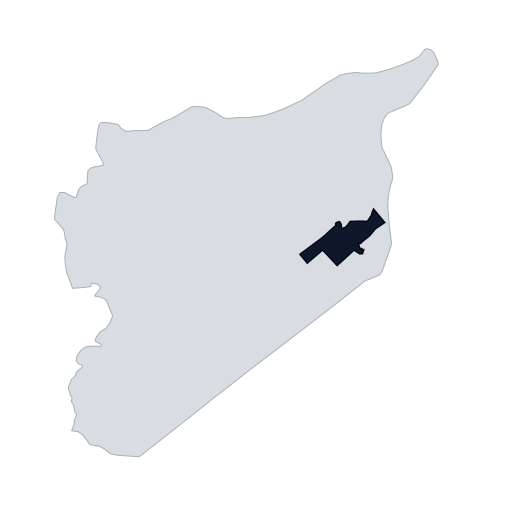 Al Mayadin, Dayr Az Zawr, Syria (highlighted), rotated 353°
{"feature_id": "27442178B96470480022323", "entity_name": "Al Mayadin", "entity_type": "district", "adm_level": 2, "iso_a3": "SYR", "parent_name": "Syria", "parent_adm1": "Dayr Az Zawr", "projection": "albers", "projection_center": [40.466, 34.927], "detail": "fine", "context": "in_parent", "style": "filled", "palette": "ink", "viewbox_px": 512, "rotation_deg": 353, "n_neighbors": 0, "source": "geoboundaries", "source_scale": "gbopen_adm2", "svg_char_len": 4132}
<svg xmlns="http://www.w3.org/2000/svg" viewBox="0 0 512 512"><g transform="rotate(353 256 256)"><path d="M69.3,169.0L73.8,169.7L83.2,176.1L84.8,175.9L88.1,168.3L91.1,165.8L97.2,163.7L99.4,151.2L102.2,148.9L105.7,147.8L110.8,147.7L115.3,147.2L115.7,145.0L110.0,130.2L110.7,126.5L114.3,112.1L116.4,106.4L118.3,104.6L125.3,105.6L135.2,108.6L137.6,112.8L142.4,116.7L149.7,116.7L158.1,117.7L164.6,118.1L169.9,115.7L181.9,111.1L187.8,109.6L193.2,107.6L210.5,100.0L217.3,100.8L222.0,101.9L225.6,103.3L233.5,108.9L240.1,114.6L244.7,116.3L253.1,116.3L265.3,117.6L280.2,117.7L288.9,116.2L300.1,113.6L320.0,107.2L346.0,93.5L361.3,86.8L367.9,86.0L376.5,85.9L385.0,87.6L394.8,88.8L399.3,88.6L409.8,87.2L423.4,84.2L431.9,81.9L442.2,78.0L448.6,71.7L450.6,71.0L453.3,72.1L454.6,72.5L457.3,76.0L460.2,85.0L460.3,86.0L459.8,88.6L453.1,96.1L444.1,106.4L437.6,112.9L426.6,123.8L418.3,126.3L404.3,130.3L400.5,134.1L397.1,140.2L395.1,148.5L394.5,153.7L394.2,163.4L397.6,173.5L400.9,183.1L401.3,189.5L401.1,195.9L398.0,202.6L394.8,211.9L392.9,222.3L392.0,241.9L392.1,258.5L391.8,261.3L386.0,273.1L379.2,286.8L376.0,290.0L360.8,294.2L344.2,304.3L325.6,315.5L308.6,325.6L290.7,336.2L272.2,347.1L258.8,354.9L240.9,365.3L224.6,375.1L208.0,385.1L195.3,392.6L176.0,404.5L164.7,411.4L147.9,421.6L133.2,430.5L115.6,441.0L94.3,436.9L87.6,434.7L82.2,429.2L78.2,426.2L68.2,422.9L62.2,412.6L58.4,408.9L51.7,407.0L54.9,400.8L55.7,396.6L58.8,391.6L57.1,388.2L56.6,381.0L55.4,379.2L55.0,377.3L56.1,375.1L55.8,372.7L54.7,371.6L54.4,368.0L53.5,365.4L54.2,362.2L55.7,360.2L57.5,356.2L59.3,355.1L62.3,352.7L63.1,350.1L65.8,347.7L69.3,345.7L70.1,344.1L69.7,343.1L66.4,341.1L64.7,337.6L66.5,332.9L67.7,331.4L69.8,329.1L74.6,325.8L78.2,325.3L81.3,325.5L86.5,326.0L90.5,326.8L91.6,325.9L91.5,324.7L86.6,321.6L86.4,319.2L87.8,316.8L91.5,313.0L95.8,310.3L98.0,309.8L103.0,304.2L106.4,297.8L102.0,281.8L99.1,279.2L94.3,276.8L91.4,276.4L91.2,275.3L95.3,271.5L98.1,268.1L95.2,264.6L89.9,262.9L87.7,266.2L80.8,266.2L70.0,265.7L66.0,248.8L65.7,241.5L66.2,233.2L70.0,221.1L68.7,215.3L68.8,211.5L68.2,206.2L60.3,194.5L65.8,173.9L69.3,169.0Z" fill="#d9dde1" stroke="#a8b0b8" stroke-width="1"/><path d="M306.0,269.4L310.9,266.1L316.8,262.2L322.1,258.7L322.8,258.2L323.0,258.5L323.6,259.3L326.3,262.9L328.4,265.8L330.0,268.0L331.8,270.5L332.7,271.7L335.1,275.1L335.4,275.4L336.0,274.9L338.9,272.9L340.1,272.0L343.0,270.0L343.3,269.8L344.9,268.6L350.4,264.7L352.8,262.9L353.7,262.3L354.0,262.1L354.2,262.5L356.3,264.0L357.0,264.7L358.4,265.9L359.3,266.6L359.7,266.6L359.9,266.6L360.5,266.6L361.0,266.7L361.4,266.7L361.8,266.8L362.0,266.7L362.4,265.7L362.8,264.8L363.4,263.6L363.7,263.2L363.8,263.0L363.8,262.8L363.3,262.9L362.8,263.0L362.4,262.5L362.1,261.9L361.8,261.4L360.9,261.3L360.2,261.2L359.9,260.4L359.4,258.8L359.5,258.8L359.2,256.2L359.4,256.2L359.7,256.3L360.2,256.4L360.9,256.3L361.3,256.2L361.7,256.1L362.2,255.6L363.0,254.9L363.3,254.7L371.2,249.8L373.5,247.7L376.6,244.7L377.7,243.7L377.9,243.5L379.7,242.6L385.3,239.8L386.9,239.0L387.6,238.6L387.9,238.5L385.9,235.3L385.0,234.0L382.4,229.9L379.8,225.9L378.4,223.7L378.1,224.3L377.8,224.7L377.6,225.2L377.3,225.7L376.9,226.1L376.7,226.6L376.5,227.2L376.1,228.1L375.8,228.8L375.7,229.1L375.5,229.6L375.5,229.9L374.7,230.6L373.9,231.4L373.1,232.5L372.0,233.8L371.5,234.3L370.9,235.1L369.0,234.9L365.7,234.4L362.0,233.9L359.0,233.6L357.2,233.5L356.1,233.4L355.5,233.3L354.6,233.2L353.7,233.2L350.7,236.4L347.4,239.0L347.3,238.9L347.2,238.9L347.1,238.7L346.9,238.7L346.7,238.7L346.4,238.8L346.2,238.9L346.2,239.0L345.9,239.2L345.9,239.3L345.7,239.3L345.4,239.3L345.2,239.3L345.0,239.2L344.9,239.2L344.7,239.0L344.7,238.9L344.5,238.7L344.4,237.3L344.4,234.8L344.4,234.7L344.3,234.4L344.2,234.3L344.2,234.2L344.0,233.9L343.9,233.8L343.9,233.7L343.8,233.4L343.7,233.4L343.7,233.2L343.5,232.9L343.5,232.7L343.4,232.7L342.5,231.9L341.4,232.3L339.8,232.6L339.0,233.6L338.9,234.8L339.0,235.2L338.9,235.5L337.7,236.3L336.0,237.4L331.2,240.8L327.5,243.5L325.3,245.0L321.5,247.3L315.6,250.6L314.0,251.6L308.4,254.7L306.3,256.0L301.7,258.5L300.4,259.3L299.8,259.7L306.0,269.4Z" fill="#0f172a" stroke="#020617" stroke-width="1.5"/></g></svg>